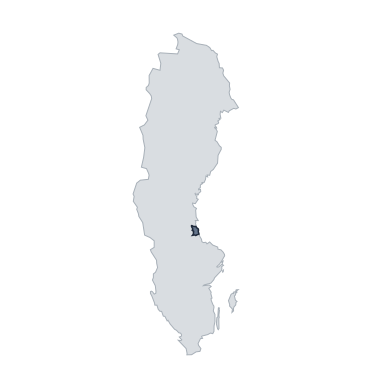 Söderhamn, Gävleborg, Sweden (highlighted), rotated 344°
{"feature_id": "70781695B37346954790486", "entity_name": "Söderhamn", "entity_type": "district", "adm_level": 2, "iso_a3": "SWE", "parent_name": "Sweden", "parent_adm1": "Gävleborg", "projection": "mercator", "projection_center": [16.889, 61.303], "detail": "fine", "context": "in_parent", "style": "filled", "palette": "slate", "viewbox_px": 384, "rotation_deg": 344, "n_neighbors": 0, "source": "geoboundaries", "source_scale": "gbopen_adm2", "svg_char_len": 4590}
<svg xmlns="http://www.w3.org/2000/svg" viewBox="0 0 384 384"><g transform="rotate(344 192 192)"><path d="M126.6,277.1L127.5,279.7L129.3,279.4L130.0,277.5L130.9,272.0L129.7,265.7L131.3,263.6L132.3,260.1L134.8,259.1L138.1,255.1L138.4,250.9L139.1,247.8L136.3,238.4L136.1,236.0L140.4,234.8L142.2,228.5L139.2,224.3L134.6,220.4L136.2,207.8L134.2,200.9L134.5,198.0L134.1,193.4L135.3,191.6L133.0,184.8L135.2,180.2L134.8,177.7L141.3,168.2L145.6,166.4L153.5,167.8L155.4,164.0L155.4,162.0L154.7,157.0L150.2,154.2L155.1,145.3L158.9,136.4L159.6,127.8L160.5,124.0L159.5,115.4L164.7,114.4L169.4,110.8L168.7,106.0L179.0,91.1L179.3,88.4L178.5,85.8L176.1,81.1L176.8,78.9L179.5,77.6L180.9,75.5L182.9,68.2L188.6,62.4L194.8,66.2L197.5,59.7L197.3,50.4L199.6,49.4L216.2,55.3L219.0,51.8L216.2,50.0L219.0,46.2L219.9,43.9L220.2,41.2L220.0,39.7L217.7,36.2L223.0,35.7L225.9,37.4L226.1,39.5L237.4,50.6L246.3,55.0L248.9,58.1L249.8,61.5L251.2,61.6L252.8,64.8L254.5,66.5L253.1,68.7L253.1,73.7L253.5,75.9L252.6,80.1L255.5,81.2L255.9,83.7L254.4,86.3L254.5,89.1L258.2,97.6L257.2,100.3L256.9,103.8L255.2,106.3L254.9,108.9L255.2,112.2L255.7,113.8L257.3,114.9L259.9,123.7L257.1,124.3L255.1,123.1L250.2,124.2L248.9,125.5L245.2,122.1L243.0,124.0L241.6,122.3L240.4,125.1L240.1,129.0L238.3,128.7L238.9,130.1L236.6,130.6L236.4,131.2L236.9,132.2L236.1,133.4L232.9,133.8L232.4,135.0L233.4,136.5L233.3,137.4L231.2,136.0L232.7,138.8L233.0,140.8L228.4,148.6L229.9,150.7L231.1,155.1L232.4,157.1L231.8,159.1L227.2,163.9L224.5,171.3L218.7,176.2L215.6,177.4L213.6,180.8L211.3,179.8L211.2,181.8L209.8,180.5L208.5,183.5L206.4,186.1L204.2,185.6L203.9,186.1L204.6,186.8L202.0,187.5L201.2,190.1L199.2,190.8L198.9,191.7L200.9,191.8L200.5,194.0L198.2,195.0L197.4,196.4L196.4,196.4L196.6,195.3L195.1,195.4L194.7,194.2L194.4,194.5L195.4,198.0L194.6,199.4L196.0,200.7L191.9,204.1L189.5,202.8L189.2,203.8L189.7,206.7L191.8,209.0L190.5,210.5L189.1,217.2L190.1,221.2L187.3,220.3L187.5,221.8L186.6,223.6L186.9,226.1L186.6,227.8L187.3,229.3L186.9,230.1L187.3,237.1L188.1,240.1L187.8,242.5L189.0,243.8L191.4,244.1L192.1,246.0L195.2,244.9L197.3,248.7L201.5,252.0L201.2,254.1L203.9,255.6L205.4,258.5L206.0,260.9L205.8,262.3L201.7,266.3L198.5,268.9L195.3,270.5L195.4,271.2L197.0,271.4L201.0,269.5L202.1,271.2L200.0,271.9L199.5,274.2L198.6,275.6L190.0,280.7L188.8,282.3L185.0,284.8L178.1,284.6L177.0,285.2L183.0,286.2L184.4,288.1L181.6,289.2L182.8,293.6L182.1,294.7L182.0,299.5L181.0,299.6L180.6,301.5L181.1,306.3L181.6,307.6L181.3,309.0L179.7,312.2L180.3,316.0L178.4,322.8L176.3,326.8L174.7,332.0L172.9,333.9L170.9,332.7L167.7,333.4L162.0,333.2L161.3,333.7L161.8,335.6L159.7,335.3L156.1,339.3L156.0,341.2L157.4,345.0L155.7,347.4L151.9,346.8L146.8,348.3L142.2,347.1L142.8,345.8L143.2,340.9L137.9,330.7L140.4,331.8L141.4,331.3L139.8,327.9L141.9,327.7L142.6,326.5L142.2,324.6L140.5,323.7L139.0,320.7L137.4,319.1L134.6,312.9L133.6,308.7L132.6,309.1L131.7,304.1L130.2,303.4L129.9,298.4L128.3,297.8L127.2,295.5L127.1,291.1L125.1,290.5L125.4,288.4L124.7,280.6L124.1,278.1L124.6,276.3L125.6,276.1L126.6,277.1ZM206.9,301.1L206.0,301.5L205.5,302.9L204.1,303.6L203.9,308.0L205.1,309.6L203.8,310.3L202.9,312.6L200.6,314.1L199.7,315.6L199.2,317.7L197.2,318.8L198.6,315.7L196.7,312.0L197.2,310.7L197.1,306.5L201.3,301.2L203.2,300.5L204.0,301.1L204.4,299.8L205.0,299.5L206.9,301.1ZM180.3,330.7L179.3,331.6L178.9,330.4L179.1,325.5L181.3,319.6L182.4,319.2L185.2,311.2L185.5,310.6L186.4,311.1L185.7,311.9L185.8,313.3L184.0,317.6L183.5,320.3L182.9,321.0L180.3,330.7ZM207.7,299.4L207.5,300.6L206.5,299.6L207.5,298.2L209.5,298.6L207.7,299.4ZM202.9,266.9L201.6,268.9L201.3,268.1L201.6,267.1L202.9,266.9ZM200.0,277.3L199.3,277.4L199.8,276.1L200.7,275.7L200.0,277.3Z" fill="#d9dde1" stroke="#a8b0b8" stroke-width="1"/><path d="M182.2,224.3L182.1,224.6L182.1,225.0L182.2,226.1L182.4,226.6L182.5,227.3L182.5,227.9L182.3,228.2L182.1,228.5L181.7,228.7L181.6,228.8L181.8,229.1L181.9,229.3L182.1,229.4L182.4,229.7L182.7,230.0L182.7,230.4L182.4,230.7L182.3,231.1L182.2,231.9L181.9,232.3L181.7,232.7L181.4,233.1L180.8,233.6L180.5,233.8L181.1,233.9L181.7,233.8L182.3,233.9L182.6,234.0L182.9,234.2L183.2,234.5L183.3,234.7L183.7,234.8L184.1,234.8L184.4,234.6L184.9,234.5L185.4,234.5L185.8,234.5L186.2,234.5L186.5,234.4L186.8,234.3L187.1,234.3L187.1,233.6L187.1,232.4L187.2,231.4L187.4,230.9L187.6,230.8L187.6,230.1L187.9,229.6L187.8,229.2L187.5,228.7L187.3,228.5L186.9,228.0L186.6,227.5L186.5,227.3L186.4,226.7L186.0,226.2L185.6,225.9L185.0,225.9L184.3,225.7L183.9,225.4L183.5,225.1L183.1,224.7L182.7,224.3L182.3,224.2L182.2,224.3Z" fill="#64748b" stroke="#1e293b" stroke-width="1.5"/></g></svg>